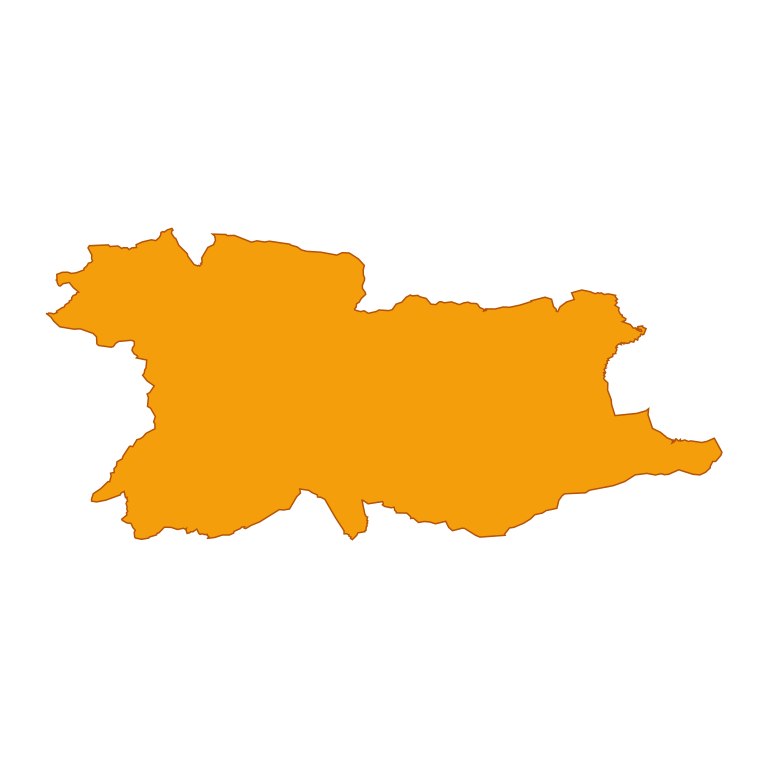 the district of Killarney Lea-7, Kerry, Ireland
{"feature_id": "5873133B17042866960097", "entity_name": "Killarney Lea-7", "entity_type": "district", "adm_level": 2, "iso_a3": "IRL", "parent_name": "Ireland", "parent_adm1": "Kerry", "projection": "robinson", "projection_center": [-9.439, 52.045], "detail": "fine", "context": "isolated", "style": "filled", "palette": "amber", "viewbox_px": 768, "rotation_deg": 0, "n_neighbors": 0, "source": "geoboundaries", "source_scale": "gbopen_adm2", "svg_char_len": 6077}
<svg xmlns="http://www.w3.org/2000/svg" viewBox="0 0 768 768"><path d="M617.5,299.4L615.2,296.6L615.6,295.4L613.1,294.8L608.2,293.9L604.2,294.5L601.2,292.9L599.3,293.4L598.3,292.7L595.0,293.7L590.1,291.7L581.8,290.0L571.6,292.8L574.3,299.5L566.5,302.0L560.0,306.9L557.8,311.6L556.4,311.3L556.1,309.2L553.5,306.6L551.6,299.3L545.0,297.2L531.1,300.8L531.5,301.5L519.9,305.1L509.6,307.3L503.1,307.0L495.1,309.0L485.7,308.9L484.7,309.5L487.0,310.4L484.4,310.6L483.1,311.9L484.0,310.1L483.5,309.2L479.6,307.4L477.6,304.3L476.0,303.5L471.0,303.4L468.3,302.2L464.0,302.8L459.3,304.6L451.5,301.9L444.2,302.8L441.2,301.7L439.2,301.9L435.8,304.6L431.0,304.2L426.1,298.4L419.9,296.8L417.8,295.4L412.1,295.9L410.4,295.0L406.2,297.2L401.8,302.2L396.2,304.1L392.2,309.7L388.9,310.6L378.9,310.0L376.3,311.5L368.3,313.3L364.2,310.8L360.4,311.6L354.9,310.0L354.6,308.8L356.2,307.1L356.6,303.7L359.1,302.3L361.1,298.7L365.7,294.3L365.3,292.5L362.5,288.5L362.3,285.6L364.5,280.0L364.6,278.0L363.4,275.1L363.2,270.0L364.3,265.4L358.4,258.9L349.3,253.0L342.3,252.7L336.8,255.1L320.8,252.2L306.5,251.3L301.4,249.9L297.1,246.9L290.8,245.1L289.9,244.2L269.5,241.2L264.5,242.0L256.9,240.8L251.5,242.2L234.4,235.4L227.1,235.6L225.9,234.5L212.5,234.1L214.7,236.0L215.5,240.3L214.0,243.6L213.5,244.7L207.9,247.4L201.7,258.0L202.1,262.3L200.8,263.3L201.6,264.0L199.7,266.0L198.8,265.3L197.7,265.9L194.1,264.6L187.8,256.2L187.3,253.8L178.7,245.2L175.8,238.5L174.4,237.8L171.5,233.4L171.8,230.9L173.0,230.1L171.9,228.4L167.1,230.0L164.4,232.0L162.9,231.6L161.0,232.4L160.6,235.2L159.1,237.7L155.9,240.6L151.4,239.8L142.4,241.9L136.1,244.7L136.5,247.5L131.8,247.9L129.0,249.6L127.4,247.8L123.2,247.7L121.8,248.5L118.0,246.0L109.9,246.5L108.4,244.9L89.4,245.7L88.0,247.9L91.8,255.0L91.6,258.9L92.6,260.8L91.3,262.4L88.4,263.2L86.7,266.2L84.0,268.3L83.9,270.0L75.9,272.9L71.4,273.4L67.7,272.2L62.3,272.3L56.8,274.4L57.0,279.2L56.2,280.0L57.0,280.5L57.2,282.6L58.7,285.6L60.4,286.0L63.0,283.7L69.2,282.5L73.4,287.7L78.7,292.1L76.5,292.9L76.2,294.5L73.2,295.5L71.8,297.5L71.6,299.8L69.3,301.0L69.1,302.5L65.3,304.7L64.0,307.3L62.4,307.5L56.6,311.2L57.1,312.5L53.7,313.9L51.0,313.2L48.6,313.1L48.1,313.9L46.1,313.4L50.7,316.8L53.9,321.3L59.8,326.8L74.1,329.2L80.1,328.8L93.1,333.4L96.5,336.8L96.9,343.9L98.7,345.5L111.2,347.2L113.4,346.5L115.6,343.4L118.7,341.4L131.1,340.3L133.4,340.9L134.3,341.9L134.3,345.5L132.6,347.6L132.0,350.5L134.1,353.8L137.4,355.8L137.6,356.5L136.4,357.9L146.7,360.0L146.0,367.9L144.7,369.9L144.2,373.3L142.6,375.2L147.1,380.9L154.2,385.9L149.7,392.6L147.1,394.0L148.4,397.6L147.5,406.4L150.6,408.2L155.4,416.6L153.6,421.9L154.9,423.9L155.0,428.7L146.1,433.3L142.8,437.1L140.1,438.8L136.9,439.7L132.7,446.7L130.2,446.1L129.3,446.6L123.2,455.9L122.2,458.8L117.0,461.8L116.4,466.1L114.0,468.7L114.2,472.2L114.9,472.3L110.5,473.2L111.2,476.1L109.6,481.7L108.0,481.6L100.7,488.7L93.3,493.7L91.5,499.2L91.6,501.2L96.8,501.9L105.6,500.2L120.3,494.9L120.9,493.2L124.1,491.4L125.5,497.6L127.2,497.4L126.8,498.6L127.7,501.1L126.7,501.8L126.1,503.6L127.1,506.8L126.8,509.2L127.7,511.4L126.4,513.0L126.9,515.0L121.7,519.2L122.3,520.4L127.0,523.0L130.9,523.3L132.9,527.6L135.3,530.3L134.2,532.2L134.7,537.1L135.6,538.1L141.6,539.3L148.7,538.1L149.5,537.0L156.5,534.9L157.3,533.1L158.7,533.0L164.4,527.2L171.3,527.4L177.4,529.5L183.4,528.3L185.3,529.3L186.4,528.5L186.0,530.1L187.1,533.4L189.8,532.7L190.6,531.7L192.8,531.8L196.8,529.1L198.9,533.5L200.1,534.4L202.1,533.7L204.4,534.6L207.2,534.4L207.0,535.1L208.8,536.7L208.7,537.6L206.9,538.4L214.6,537.5L222.5,535.0L229.4,535.0L233.6,533.1L234.1,531.4L240.4,528.5L241.6,527.2L244.6,526.7L244.2,528.2L245.8,528.5L251.2,525.3L259.6,521.9L279.3,509.6L283.6,510.0L289.5,509.0L296.7,496.7L300.5,493.0L299.7,489.0L308.8,490.3L312.2,492.7L317.2,494.8L317.5,497.0L320.9,497.3L324.9,499.4L335.6,517.9L344.0,530.7L344.1,533.9L346.4,533.7L349.0,534.9L348.9,536.0L351.0,537.1L350.5,538.3L352.4,539.6L356.7,535.4L357.8,532.9L364.8,531.7L364.7,531.0L366.0,530.4L366.2,527.2L367.0,526.2L367.0,523.9L367.6,523.2L367.2,522.5L367.7,520.7L366.8,520.3L367.6,517.1L366.3,516.7L364.8,514.0L362.0,500.2L362.7,500.2L368.1,503.8L382.6,501.6L383.4,503.8L382.4,504.8L384.5,506.4L391.2,507.8L394.2,507.3L394.7,510.3L396.0,511.5L396.4,512.9L406.8,513.1L410.6,516.6L410.7,518.5L413.4,518.1L418.5,522.5L424.2,521.5L429.9,522.0L435.4,523.8L445.7,521.3L448.7,527.4L452.5,530.7L462.2,528.2L464.6,528.4L475.6,535.3L480.0,537.1L505.1,535.3L504.6,534.1L509.4,528.0L514.0,527.3L523.7,523.2L530.7,518.8L534.8,514.7L542.5,513.0L546.1,510.6L556.9,508.3L558.8,500.4L562.1,495.7L564.6,493.8L585.6,492.8L589.5,490.2L613.5,485.6L624.8,481.5L635.1,474.9L646.9,473.4L655.3,475.0L661.3,473.7L664.3,474.7L668.6,474.3L678.8,469.8L693.0,474.3L699.9,474.9L705.5,472.3L710.2,467.9L710.1,466.7L712.7,461.5L715.7,461.4L720.9,455.3L721.9,452.2L714.3,438.2L706.9,441.4L701.7,442.5L690.9,440.9L688.2,441.4L684.9,440.0L680.6,441.0L680.4,439.5L678.7,441.0L676.0,438.8L675.4,439.2L675.4,440.7L673.6,440.1L674.0,442.0L672.1,443.0L672.7,441.9L671.9,439.8L667.2,437.9L660.6,432.4L652.5,428.4L648.0,414.8L648.6,408.7L646.0,410.8L636.8,413.4L615.0,415.6L611.6,404.6L611.2,399.6L607.6,390.2L607.8,382.9L604.0,379.2L603.7,378.0L604.9,376.3L603.7,375.5L604.9,373.7L604.2,373.9L603.5,372.8L605.4,372.2L604.1,369.3L605.8,368.2L605.2,368.1L605.4,367.1L606.4,365.7L605.5,364.6L607.4,363.5L607.0,360.9L608.8,360.4L607.8,358.8L612.7,356.5L612.9,354.1L615.8,353.5L615.6,352.3L616.8,349.8L615.8,347.5L617.2,347.4L616.4,346.2L616.8,345.6L618.9,343.9L621.2,344.6L620.7,343.3L621.3,342.5L623.6,343.9L624.0,343.8L623.2,343.1L624.5,342.9L627.3,343.4L629.4,342.8L630.3,341.4L633.7,342.1L635.2,338.9L637.6,340.1L638.3,337.3L640.1,336.3L641.2,334.0L642.7,334.8L643.9,334.2L646.1,328.6L643.0,327.4L642.6,325.9L637.8,326.7L638.0,329.1L641.0,329.5L641.7,331.3L640.5,331.5L636.3,329.4L636.6,328.5L635.9,327.9L633.2,328.1L630.4,324.6L622.4,321.7L625.5,320.3L625.9,318.8L622.2,316.6L622.3,315.2L620.3,314.1L618.5,310.4L619.1,307.9L614.9,305.3L617.2,302.6L615.5,300.7L617.5,299.4Z" fill="#f59e0b" stroke="#b45309" stroke-width="1.5"/></svg>